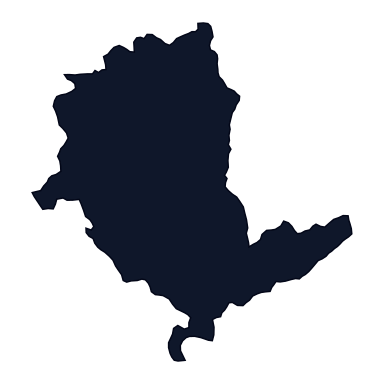 Nazareno, Minas Gerais, Brazil (orthographic projection)
{"feature_id": "56859067B84580944201233", "entity_name": "Nazareno", "entity_type": "district", "adm_level": 2, "iso_a3": "BRA", "parent_name": "Brazil", "parent_adm1": "Minas Gerais", "projection": "orthographic", "projection_center": [-44.605, -21.212], "detail": "fine", "context": "isolated", "style": "filled", "palette": "ink", "viewbox_px": 384, "rotation_deg": 0, "n_neighbors": 0, "source": "geoboundaries", "source_scale": "gbopen_adm2", "svg_char_len": 3306}
<svg xmlns="http://www.w3.org/2000/svg" viewBox="0 0 384 384"><path d="M56.8,96.6L54.6,100.7L53.3,106.3L55.6,111.1L57.6,116.8L59.3,125.0L62.7,128.3L66.5,132.9L68.2,138.1L66.2,141.8L63.9,145.5L60.8,148.7L59.5,152.3L57.6,156.3L59.8,160.9L60.6,165.7L60.9,171.3L56.1,174.5L51.8,175.8L48.8,178.5L47.3,182.1L43.7,186.0L40.7,190.6L36.8,191.5L32.2,192.6L34.2,196.5L36.6,200.1L39.8,204.9L42.8,209.3L48.1,208.5L53.2,208.9L55.4,204.1L56.7,199.2L63.1,198.0L67.0,200.2L72.8,200.1L79.2,199.4L81.1,203.7L83.5,210.1L85.6,216.5L89.9,219.7L92.1,222.9L93.8,226.6L91.2,230.0L86.0,228.2L86.2,232.6L89.1,236.3L93.1,238.5L94.8,243.2L97.8,247.2L100.8,249.7L104.8,252.2L109.4,256.3L113.0,260.2L115.6,266.0L118.2,269.9L121.6,274.7L123.2,280.5L126.7,282.1L131.1,280.9L137.3,280.5L141.8,279.1L145.4,279.8L148.4,283.3L150.1,286.9L151.4,291.7L155.3,294.6L159.1,295.0L163.1,295.6L169.2,299.0L172.6,304.2L176.3,308.7L180.9,310.9L184.6,312.7L187.8,314.6L190.7,317.7L188.9,322.6L188.9,327.6L184.2,329.1L177.8,325.5L173.6,328.4L172.6,334.0L170.7,338.2L168.6,342.7L168.6,347.7L170.1,353.4L171.8,357.0L174.2,360.2L178.0,361.0L185.1,360.3L182.6,355.1L180.5,350.8L180.3,345.4L182.6,340.8L186.1,337.6L189.5,336.4L194.8,336.3L200.9,337.6L205.0,339.0L208.4,340.2L212.3,340.7L213.8,334.9L214.0,327.2L213.2,323.3L212.5,319.5L216.4,317.5L220.6,316.7L221.9,312.7L224.5,310.2L226.7,306.9L228.9,302.8L232.4,302.4L237.4,305.4L243.0,305.6L246.0,302.7L249.5,300.2L252.7,296.0L257.3,293.8L261.3,292.4L265.6,291.8L270.1,291.4L271.7,287.5L273.9,284.6L276.0,281.5L280.2,281.9L285.5,281.1L291.2,279.5L295.6,278.5L299.3,278.9L302.1,276.3L305.3,274.5L308.7,271.6L311.3,268.7L314.6,264.8L318.1,260.6L322.2,258.8L326.1,256.2L328.6,253.2L331.6,251.2L334.4,248.6L337.4,246.5L340.1,243.9L342.5,241.2L345.5,238.9L348.5,236.9L351.8,233.9L351.3,228.6L349.9,223.6L348.8,220.2L348.1,215.8L343.1,215.6L338.7,217.7L333.7,219.4L329.0,223.4L324.8,227.1L320.5,226.4L316.0,224.2L312.8,226.2L309.8,229.9L305.0,231.0L301.1,233.2L297.3,233.7L294.5,230.6L291.9,226.4L288.4,222.8L283.7,221.1L280.8,226.0L275.3,229.4L271.6,230.0L266.6,230.4L262.0,234.5L260.5,239.5L257.0,242.5L253.3,244.3L249.0,246.9L248.5,242.5L247.6,238.5L246.3,233.2L247.7,228.0L246.5,219.8L244.7,212.9L243.3,206.9L239.8,201.5L236.7,197.1L232.4,194.2L228.3,190.6L225.1,186.8L225.5,182.6L227.0,178.5L224.5,175.3L226.3,172.1L228.3,167.3L227.9,160.6L228.5,153.7L230.9,149.2L228.3,144.7L229.4,140.5L228.9,135.3L230.1,129.3L229.3,124.8L230.7,119.1L232.3,112.6L234.7,109.3L236.2,104.9L239.2,100.4L239.6,96.2L236.6,93.8L234.3,91.2L231.1,89.6L227.0,87.9L224.7,83.8L222.5,80.1L219.1,76.7L218.0,72.9L217.8,69.2L217.1,63.6L217.6,58.8L217.1,54.9L214.4,51.6L210.5,49.9L209.4,45.5L210.6,40.7L213.0,36.9L212.0,31.3L210.7,26.4L207.9,23.6L203.4,23.0L197.9,23.4L198.1,29.2L195.5,31.7L191.9,31.7L188.6,33.5L184.6,35.0L180.5,36.8L176.6,38.6L173.3,42.6L169.5,45.3L164.9,43.5L160.5,39.5L156.4,37.7L152.3,34.6L147.1,34.4L144.1,38.6L140.5,37.3L136.7,37.9L133.8,42.1L134.1,47.3L134.3,52.1L129.8,51.7L126.6,49.3L123.6,47.5L119.2,45.5L114.0,47.4L110.8,50.7L108.0,54.2L103.6,56.6L104.5,60.2L105.6,64.6L106.0,69.5L102.0,69.9L98.5,72.5L95.0,70.5L92.5,73.9L87.1,73.9L80.1,74.3L75.1,75.0L69.2,74.6L64.5,74.7L67.5,79.1L71.3,80.6L74.8,83.6L75.6,88.4L71.8,91.4L66.2,94.0L60.9,95.0L56.8,96.6Z" fill="#0f172a" stroke="#020617" stroke-width="1.5"/></svg>